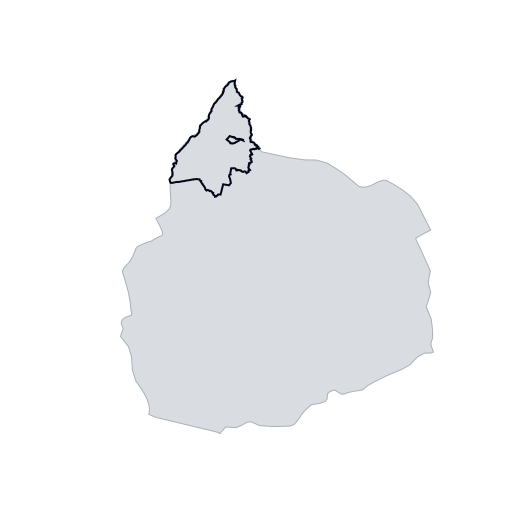 location of Hwange, Matabeleland North, Zimbabwe, rotated 63°
{"feature_id": "62879985B77670672881921", "entity_name": "Hwange", "entity_type": "district", "adm_level": 2, "iso_a3": "ZWE", "parent_name": "Zimbabwe", "parent_adm1": "Matabeleland North", "projection": "robinson", "projection_center": [26.512, -18.839], "detail": "fine", "context": "in_parent", "style": "outline", "palette": "ink", "viewbox_px": 512, "rotation_deg": 63, "n_neighbors": 0, "source": "geoboundaries", "source_scale": "gbopen_adm2", "svg_char_len": 8076}
<svg xmlns="http://www.w3.org/2000/svg" viewBox="0 0 512 512"><g transform="rotate(63 256 256)"><path d="M348.4,423.4L344.6,420.6L339.3,418.8L332.5,417.9L323.8,418.3L313.0,419.8L301.5,417.9L289.2,412.6L278.9,410.8L266.7,413.1L266.2,413.1L264.0,411.3L260.7,407.5L255.1,406.8L253.6,405.9L252.4,404.4L251.6,402.6L251.3,400.5L252.2,394.2L251.7,393.5L250.2,392.7L247.2,391.9L239.8,389.0L230.6,386.2L215.6,383.2L209.8,382.4L208.4,381.4L206.7,379.1L203.9,371.8L201.2,366.9L194.7,359.5L193.7,357.2L194.0,351.2L194.5,346.5L195.2,342.4L194.9,338.6L194.8,333.9L195.0,330.7L194.2,329.4L191.8,328.4L185.1,328.0L177.0,328.1L176.8,323.3L176.0,315.9L174.5,311.7L172.7,309.4L168.9,307.1L161.4,303.9L151.2,299.1L142.4,292.0L132.4,283.1L129.2,281.6L125.5,273.2L119.9,258.9L120.2,254.2L119.4,251.8L113.9,244.8L112.7,241.2L111.7,237.5L102.9,227.2L99.9,222.7L97.7,217.0L95.4,212.4L93.5,210.5L91.0,207.4L89.3,203.8L88.5,201.1L89.1,197.6L90.0,195.1L98.3,197.7L102.8,197.9L106.4,196.6L110.8,198.3L116.0,203.0L121.8,203.8L128.0,201.0L136.3,201.8L146.9,206.5L155.6,207.4L166.0,203.3L175.3,191.9L184.0,181.2L192.6,168.8L197.8,158.8L205.4,150.6L215.4,144.4L225.6,139.1L241.2,132.6L244.4,127.3L245.4,121.4L245.4,113.3L246.3,108.0L247.9,105.6L250.5,103.8L253.9,101.3L264.2,95.2L272.8,91.2L283.3,88.6L294.8,88.6L305.9,88.6L312.2,88.6L312.2,96.4L312.6,105.2L313.9,106.0L322.2,106.2L335.5,106.8L348.4,107.4L356.6,113.8L359.3,115.1L367.9,116.9L378.7,127.5L391.8,128.5L400.8,131.8L408.7,135.4L413.2,139.8L416.2,140.8L420.2,141.1L422.1,141.5L421.7,144.7L419.0,150.0L419.2,157.7L422.8,168.3L423.2,177.5L422.0,193.7L421.9,209.4L422.2,215.1L422.8,218.8L423.5,220.8L423.4,223.2L421.1,229.7L419.3,236.7L419.2,239.5L418.5,241.4L417.2,243.2L411.5,246.4L410.5,248.4L410.5,252.0L411.2,255.0L413.3,256.1L415.9,257.8L416.9,260.1L416.8,262.4L416.0,266.8L413.6,274.1L415.8,282.5L418.4,288.0L421.8,294.3L423.3,298.2L423.2,301.0L422.6,303.7L417.2,315.2L413.3,322.3L408.6,330.0L402.4,334.8L400.8,337.1L400.1,339.8L400.3,345.5L400.0,351.5L394.6,360.7L397.8,368.7L397.0,369.4L395.3,370.6L387.6,379.5L379.9,388.6L374.2,395.2L367.8,402.7L360.6,411.1L354.5,418.3L348.4,423.4Z" fill="#d9dde1" stroke="#a8b0b8" stroke-width="1"/><path d="M161.8,204.1L160.6,204.7L160.3,204.7L159.7,204.4L159.4,204.8L159.1,204.9L157.8,204.9L157.5,205.2L157.8,205.7L157.7,205.8L156.6,205.8L156.6,206.3L156.4,206.5L155.1,206.2L154.2,206.3L153.5,206.8L153.0,207.6L152.2,208.2L151.9,208.6L152.0,208.9L151.8,209.0L151.1,208.7L150.1,208.0L148.3,208.0L147.8,207.7L147.7,207.6L147.9,207.2L147.4,206.5L146.7,206.1L146.5,205.0L146.1,204.6L145.3,204.5L144.1,204.8L143.5,204.5L142.9,204.4L142.2,203.6L142.0,203.4L141.7,203.5L141.3,203.0L140.8,203.0L140.3,202.8L139.9,202.2L139.5,202.1L138.3,202.1L137.0,201.7L136.2,202.0L135.6,202.0L135.3,202.1L134.6,201.4L134.3,201.2L132.6,201.2L131.7,200.2L131.7,199.8L131.4,199.4L130.1,200.2L129.5,200.7L128.9,200.8L128.5,201.2L128.1,201.1L127.8,201.4L127.4,201.2L126.6,201.6L126.4,201.5L126.0,201.9L125.8,202.0L125.7,202.1L125.9,202.5L126.1,202.6L126.5,202.6L126.1,203.3L126.1,203.6L126.0,203.9L126.0,204.2L125.7,204.5L125.2,204.2L124.9,204.3L124.2,204.3L123.8,203.9L123.4,204.3L122.5,204.0L122.2,204.2L121.7,204.2L120.9,205.2L120.6,205.4L120.2,205.2L120.0,205.4L119.4,205.1L118.4,205.3L118.1,204.8L117.2,204.5L116.9,204.5L116.6,204.1L116.1,204.1L115.9,203.5L116.1,203.0L115.5,202.8L115.4,202.4L114.9,202.8L114.6,203.3L113.9,203.8L113.8,204.0L113.7,201.6L114.1,200.8L114.2,199.9L113.5,199.7L113.0,199.2L112.9,198.4L112.3,198.1L111.9,197.6L111.6,197.6L111.1,197.8L110.4,197.4L109.2,197.2L109.0,196.7L109.0,196.1L108.7,195.9L108.3,195.8L107.7,196.0L106.6,197.0L105.5,197.3L105.0,197.3L104.3,197.4L103.8,197.2L102.6,197.2L101.7,198.2L101.0,198.5L100.4,198.3L100.3,198.2L99.6,197.8L98.5,197.4L97.5,197.9L96.9,197.7L95.9,197.9L95.2,197.5L94.7,197.0L93.8,197.3L92.2,196.6L90.1,194.9L90.2,196.2L89.5,197.7L89.1,199.1L89.3,200.2L89.1,200.7L89.1,201.0L89.7,202.2L90.0,202.6L90.3,202.7L90.4,202.9L91.0,204.7L91.0,205.6L91.7,207.4L92.5,208.4L92.6,209.1L93.2,209.3L94.5,209.9L94.6,210.2L94.6,210.7L94.7,211.0L95.0,211.1L95.6,211.1L95.9,211.3L96.9,213.1L97.2,213.5L97.2,214.0L98.0,215.3L98.0,215.8L98.2,216.1L98.5,216.5L98.8,217.7L98.7,218.1L99.3,219.0L100.1,220.7L100.4,220.9L101.2,223.1L101.2,223.7L101.3,224.1L103.6,226.8L104.0,227.4L104.9,228.9L105.6,229.4L106.5,229.7L106.8,229.9L107.1,230.7L107.6,231.4L107.9,232.4L108.7,233.5L109.9,234.6L110.5,234.7L111.6,235.2L112.6,236.2L112.8,236.7L113.0,238.1L113.3,238.9L113.5,239.2L113.0,239.8L113.1,240.3L113.0,240.9L113.2,242.5L113.7,244.4L114.2,245.2L114.4,245.9L114.3,246.3L114.5,246.7L115.0,247.1L115.4,247.2L115.7,247.6L116.1,247.6L116.6,247.9L117.4,248.8L118.7,249.8L119.4,249.9L119.6,250.0L119.8,250.3L120.6,251.8L120.7,252.4L121.4,253.7L121.8,256.4L120.6,257.9L120.4,258.9L120.4,259.8L120.5,260.2L120.9,261.3L121.8,262.3L123.8,265.2L123.9,265.4L123.9,266.6L124.4,267.3L124.7,267.8L125.1,268.2L125.3,269.6L125.9,270.8L126.2,272.0L126.7,272.8L127.5,276.0L128.1,276.5L128.1,277.0L128.4,277.9L128.6,279.6L128.8,279.9L128.9,280.6L129.3,281.7L130.5,282.4L130.9,282.6L131.3,282.6L132.5,283.7L135.4,283.3L136.0,284.2L136.5,284.6L137.4,285.2L136.6,286.0L136.2,287.0L136.2,287.7L136.6,287.8L137.1,288.2L138.8,287.9L139.1,288.6L139.5,289.1L139.9,290.7L140.6,291.6L141.5,292.0L143.2,292.3L143.5,292.4L144.0,292.8L144.6,292.8L145.1,293.3L146.0,293.6L146.6,294.2L146.9,294.8L147.6,296.7L148.5,298.3L150.6,298.8L152.1,298.8L152.9,297.3L154.0,293.0L154.0,292.9L154.6,292.2L155.5,289.5L155.8,288.2L156.7,285.8L156.8,284.9L157.4,283.2L158.5,279.8L158.5,279.6L159.2,277.3L159.5,277.0L159.4,276.4L159.5,276.2L160.0,275.4L160.2,274.8L160.2,274.5L160.5,273.8L161.8,272.2L162.0,271.7L162.2,271.8L162.4,271.6L163.3,271.6L163.5,271.4L164.1,271.5L164.7,271.3L164.7,271.1L165.0,271.3L165.4,271.4L167.7,270.9L167.8,271.0L167.9,270.9L168.2,271.0L168.8,271.0L169.4,270.7L169.7,270.7L169.9,270.6L170.5,270.7L170.8,270.5L172.8,270.6L173.8,270.9L174.1,270.7L174.7,270.6L175.1,270.4L175.0,270.2L175.1,269.8L175.1,269.4L175.5,268.9L176.5,267.9L177.0,267.9L177.1,267.3L177.9,266.5L178.2,266.4L178.2,266.6L178.3,266.6L179.0,266.1L179.7,266.1L180.1,266.2L180.4,266.0L180.5,265.6L181.2,266.0L181.8,266.2L182.2,266.1L183.0,265.5L184.0,265.4L184.5,265.6L184.6,264.9L184.8,264.7L184.8,264.3L184.6,263.9L184.7,263.3L184.4,262.6L184.1,262.4L184.1,262.1L184.3,261.4L184.2,261.2L184.3,261.0L185.2,259.7L177.2,252.7L180.8,247.9L179.5,245.2L175.5,244.1L172.9,243.9L171.7,243.0L171.8,241.6L171.1,241.7L166.6,238.3L168.2,235.0L169.5,234.5L170.0,234.6L170.1,234.4L170.3,234.6L170.9,234.6L171.1,234.1L170.9,233.6L170.9,233.3L171.1,233.1L171.4,233.0L171.4,232.5L171.8,232.1L172.2,231.5L172.7,231.2L172.8,230.7L173.1,230.5L173.4,230.6L174.2,230.2L174.7,230.0L175.2,229.3L175.4,227.7L175.9,227.2L177.0,226.8L177.9,226.8L177.7,225.6L177.7,224.6L177.7,224.4L177.0,224.3L176.4,223.9L176.7,223.3L176.7,222.3L175.9,222.5L175.7,222.6L175.1,222.7L173.8,222.8L173.5,222.5L173.2,221.9L172.4,221.6L172.2,221.3L171.8,221.3L171.4,220.2L170.7,220.2L170.6,220.3L170.2,220.2L170.1,219.5L170.4,219.0L170.3,218.4L170.5,217.6L170.2,217.0L169.8,217.0L168.7,216.8L168.3,216.9L167.8,216.8L167.5,216.9L167.3,216.4L167.0,216.5L166.9,216.0L165.9,216.2L165.1,216.1L164.6,216.2L164.4,215.9L163.6,215.5L163.2,214.6L163.9,213.8L163.8,213.2L159.4,213.3L159.2,212.8L158.7,212.6L158.7,212.3L159.1,211.6L159.2,211.3L159.2,210.6L159.4,210.2L159.3,209.7L159.5,209.4L160.2,209.0L160.3,208.8L160.3,208.4L160.2,208.2L160.2,207.6L160.1,207.3L160.4,207.1L160.2,206.9L160.2,206.3L160.0,205.8L161.0,205.4L161.3,205.1L161.7,205.1L161.9,204.4L161.8,204.1ZM144.2,217.7L144.2,217.4L145.9,215.4L146.6,214.8L147.0,215.0L147.3,215.0L146.4,215.8L145.0,217.5L144.9,218.3L145.5,219.1L145.5,222.2L145.4,222.4L145.5,222.7L145.5,223.0L145.7,223.3L145.3,225.4L145.1,225.6L145.1,225.9L145.0,226.1L144.6,226.3L144.5,226.8L144.2,227.2L144.2,227.4L143.9,227.7L143.7,227.7L143.5,227.4L142.8,227.5L138.9,229.3L137.2,224.9L138.5,223.8L140.0,222.3L139.7,222.1L140.2,221.5L140.9,221.4L141.0,221.3L141.1,220.9L141.3,220.8L142.4,220.9L144.2,217.7Z" fill="none" stroke="#020617" stroke-width="2"/></g></svg>